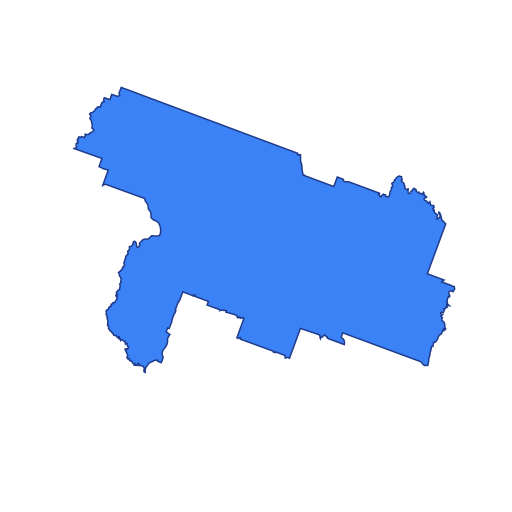 Mount Alexander, Victoria, Australia (Mercator projection), rotated 12°
{"feature_id": "25037944B33361376852028", "entity_name": "Mount Alexander", "entity_type": "district", "adm_level": 2, "iso_a3": "AUS", "parent_name": "Australia", "parent_adm1": "Victoria", "projection": "mercator", "projection_center": [144.192, -37.076], "detail": "fine", "context": "isolated", "style": "filled", "palette": "blue", "viewbox_px": 512, "rotation_deg": 12, "n_neighbors": 0, "source": "geoboundaries", "source_scale": "gbopen_adm2", "svg_char_len": 6093}
<svg xmlns="http://www.w3.org/2000/svg" viewBox="0 0 512 512"><g transform="rotate(12 256 256)"><path d="M121.6,339.4L120.7,341.0L121.5,342.2L121.5,344.3L123.1,345.9L122.9,346.5L123.4,346.9L123.2,347.5L124.8,350.9L124.8,352.5L125.5,353.1L125.1,354.6L126.7,356.0L126.9,357.8L127.5,357.9L128.7,359.5L129.4,359.5L133.0,362.4L133.5,363.2L135.7,362.9L137.2,364.5L138.0,364.1L138.7,363.1L139.1,363.2L139.4,364.0L138.8,365.2L139.3,365.6L140.4,365.3L141.1,366.9L141.8,366.1L142.9,365.8L144.8,366.9L145.5,366.7L146.6,369.3L147.5,368.3L148.2,368.3L148.8,370.7L150.2,371.5L150.4,372.5L149.5,373.2L149.7,374.0L149.4,374.3L148.0,373.8L147.2,374.4L150.9,379.3L151.4,381.1L150.7,381.8L150.9,382.3L151.7,382.5L152.3,383.4L153.6,382.7L153.9,384.4L154.9,384.8L155.8,384.3L158.0,386.7L158.9,386.8L159.4,386.4L159.5,388.0L160.6,387.5L160.4,386.5L160.9,387.4L160.7,388.0L162.5,387.7L162.9,385.5L163.3,385.2L164.2,386.4L164.3,387.6L164.8,387.6L165.5,386.9L168.7,387.5L170.4,389.1L170.0,389.9L170.2,391.7L170.8,392.7L171.8,392.9L171.3,390.8L171.3,388.3L173.7,382.9L178.8,379.0L181.5,378.3L181.6,379.4L185.4,380.1L185.8,378.3L186.3,374.7L184.9,372.3L184.2,369.3L185.1,366.4L186.3,364.3L187.3,360.9L187.3,357.7L186.6,355.6L187.1,353.2L188.1,350.7L183.9,348.8L184.5,344.7L186.1,345.0L187.2,338.3L187.2,335.4L188.0,329.4L188.6,328.8L188.9,325.9L188.2,325.8L189.5,317.2L189.9,317.2L190.2,315.3L190.6,315.0L191.9,306.3L201.9,307.8L202.5,307.6L202.7,308.1L203.2,307.8L203.0,307.3L204.3,306.8L204.1,308.1L218.9,310.3L218.4,314.2L232.3,316.1L232.2,316.7L232.8,316.2L238.4,315.6L238.2,317.1L247.7,317.8L250.3,318.7L250.1,319.2L250.7,320.2L251.6,319.7L252.9,319.9L253.0,319.1L254.3,320.1L255.6,319.1L256.1,319.5L256.1,319.2L257.2,319.4L254.3,340.0L256.3,340.2L257.4,338.9L257.8,339.0L258.1,340.6L292.7,345.5L292.7,346.2L294.8,346.5L294.7,345.7L305.0,347.2L305.7,349.7L308.2,348.6L310.0,349.0L314.5,317.6L334.5,319.9L334.4,320.2L335.3,321.0L335.5,322.4L336.2,323.4L336.3,321.9L337.8,321.5L338.4,320.1L340.0,319.0L341.8,320.4L342.5,320.1L343.0,321.5L344.4,321.9L360.8,324.3L360.8,323.1L359.7,320.2L359.1,319.5L356.5,317.9L356.2,317.1L356.8,313.1L439.5,325.2L441.5,327.0L443.7,328.1L446.8,327.3L446.7,322.0L446.3,320.8L446.7,317.0L446.3,314.5L446.7,311.2L446.4,308.6L446.6,308.0L447.8,307.8L447.7,303.7L449.0,303.2L450.2,301.4L451.0,299.0L450.8,297.7L451.4,296.8L451.5,295.8L453.5,293.6L454.2,290.1L455.1,290.1L454.6,288.3L455.2,288.0L456.0,288.9L456.6,288.7L456.7,288.2L456.5,287.4L455.7,286.8L454.4,282.6L453.0,281.2L451.1,280.3L450.8,279.7L451.2,277.8L449.4,276.4L450.6,274.8L449.6,274.9L448.7,273.7L448.5,272.9L449.1,272.5L450.9,272.7L451.5,269.8L450.6,268.6L451.8,268.3L452.7,267.3L452.8,265.6L453.5,265.9L452.9,264.3L453.5,264.6L455.4,264.4L453.0,263.1L452.9,261.5L451.9,261.1L452.4,259.9L452.1,258.6L452.6,256.0L453.0,255.3L453.6,255.8L453.9,255.5L453.6,254.2L452.4,252.5L452.2,251.5L452.4,250.5L453.4,249.7L454.5,249.5L455.7,250.0L456.3,249.8L457.2,246.8L456.6,245.9L456.4,244.7L454.2,244.8L453.6,244.3L443.0,242.7L445.0,240.4L427.3,237.8L434.9,185.2L430.2,181.9L428.0,177.3L426.4,175.2L425.7,175.2L425.7,175.8L428.0,178.3L428.1,178.9L426.5,181.4L425.4,182.1L424.9,179.8L425.1,178.1L421.5,176.4L421.0,174.7L420.1,174.6L420.5,173.7L419.2,172.9L420.1,171.1L419.2,170.5L419.3,169.8L416.4,170.0L414.8,166.7L413.6,168.6L412.5,168.0L411.9,167.0L409.0,166.4L408.6,165.6L408.8,164.5L410.6,163.2L410.6,162.7L409.2,162.6L408.5,161.3L407.7,161.5L407.0,159.8L407.1,159.2L406.6,158.8L405.7,161.0L404.4,160.6L403.0,160.8L402.1,159.7L400.9,160.1L399.9,159.7L398.8,158.8L398.9,157.9L396.6,156.9L395.3,158.3L395.3,159.5L393.9,161.0L394.0,162.1L392.9,163.1L391.8,162.9L391.0,160.4L391.2,159.4L390.8,158.7L389.6,159.6L387.3,158.9L387.3,156.9L386.0,155.7L386.0,154.7L384.5,153.4L382.7,152.9L382.6,152.4L383.2,151.1L382.5,150.1L381.9,148.2L379.4,148.0L378.1,148.9L376.9,150.6L376.4,152.2L375.7,152.7L375.7,154.7L373.8,156.6L373.9,157.3L374.7,158.0L375.2,159.8L374.1,160.8L374.8,162.5L373.8,164.9L373.9,168.9L373.5,170.3L373.0,170.7L370.5,170.8L370.3,169.7L369.8,169.2L368.7,169.4L367.7,169.0L366.4,170.8L366.2,171.9L365.1,172.1L364.0,170.5L362.9,170.5L363.7,168.9L331.9,164.2L328.0,164.8L326.2,164.6L325.4,162.8L319.1,161.8L317.6,171.9L286.9,167.3L286.6,166.8L285.4,167.4L283.1,162.0L282.1,158.1L279.8,153.6L278.5,147.6L275.6,148.4L275.5,146.9L89.1,119.1L88.2,125.3L89.4,127.5L87.1,128.6L81.3,127.9L80.6,133.4L74.9,132.7L74.5,133.4L74.4,134.6L75.4,136.7L74.2,137.1L73.2,138.5L72.8,141.4L73.0,142.7L70.8,142.8L69.9,143.3L69.1,145.3L68.7,145.3L68.3,146.0L67.9,147.7L65.9,149.8L64.6,150.3L63.7,151.5L64.7,152.8L65.6,153.2L64.9,156.2L66.2,157.0L66.9,158.1L68.9,162.8L68.8,165.0L71.1,166.2L71.2,167.0L69.7,169.0L68.3,169.8L68.3,170.6L67.5,170.9L66.7,172.2L63.6,172.4L64.1,174.0L63.4,175.1L63.2,176.1L60.8,175.4L59.8,176.2L58.0,176.3L57.8,176.9L58.0,177.8L57.3,178.4L57.0,179.9L58.1,180.5L57.9,181.3L58.4,182.3L58.0,182.8L57.4,182.6L56.7,183.6L57.1,185.5L57.8,186.2L57.8,187.1L56.5,188.5L54.8,188.6L85.0,192.6L83.9,201.2L88.8,202.4L93.6,202.6L91.4,218.8L93.6,217.1L135.1,222.9L136.3,225.3L139.6,228.3L141.0,232.5L143.4,234.5L144.3,235.9L145.4,240.3L148.2,242.0L151.7,242.7L153.7,243.8L156.1,246.9L157.5,250.9L157.8,254.4L156.9,256.4L154.3,257.3L149.8,257.8L147.0,261.9L143.7,262.6L141.9,263.7L139.7,267.2L139.5,268.4L140.1,269.7L138.8,272.2L137.7,272.1L135.8,267.8L134.3,266.8L133.2,267.5L133.0,271.0L131.7,272.6L130.2,273.2L130.9,275.8L129.5,278.0L130.6,280.4L129.9,280.7L129.8,281.9L129.0,282.7L128.6,283.9L129.1,285.1L128.4,287.0L128.6,288.2L128.2,289.4L128.3,290.5L129.0,291.6L129.2,293.4L128.2,294.2L127.8,295.3L128.1,295.7L127.7,296.1L127.6,297.2L126.8,298.1L126.6,299.1L125.9,299.4L124.9,300.9L125.8,301.6L126.8,304.1L128.4,305.2L128.4,306.2L129.2,307.1L128.9,309.1L129.3,309.6L129.2,310.7L128.5,311.8L129.5,313.7L129.3,316.3L129.7,317.3L128.1,318.2L127.0,320.9L128.4,322.4L128.3,322.9L127.4,322.7L127.2,324.1L128.5,324.4L128.5,325.7L129.1,326.7L127.6,330.1L127.6,331.0L125.8,331.4L125.4,332.8L124.3,333.3L124.8,335.1L123.5,335.8L123.6,336.3L122.8,336.9L122.8,339.0L121.6,339.4Z" fill="#3b82f6" stroke="#1e3a8a" stroke-width="1.5"/></g></svg>